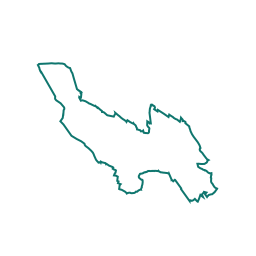 Beekdaelen, Limburg, Netherlands, rotated 243°
{"feature_id": "6326949B16660020709385", "entity_name": "Beekdaelen", "entity_type": "district", "adm_level": 2, "iso_a3": "NLD", "parent_name": "Netherlands", "parent_adm1": "Limburg", "projection": "robinson", "projection_center": [5.879, 50.935], "detail": "fine", "context": "isolated", "style": "outline", "palette": "teal", "viewbox_px": 256, "rotation_deg": 243, "n_neighbors": 0, "source": "geoboundaries", "source_scale": "gbopen_adm2", "svg_char_len": 5508}
<svg xmlns="http://www.w3.org/2000/svg" viewBox="0 0 256 256"><g transform="rotate(243 128 128)"><path d="M35.1,149.7L35.7,150.0L35.3,150.7L34.9,151.2L34.4,151.3L34.1,151.9L34.0,153.6L34.5,155.4L31.3,156.3L30.7,156.7L32.9,159.4L35.5,162.1L34.6,162.4L32.5,163.5L34.5,163.6L35.0,163.7L35.3,163.9L35.4,164.1L35.7,164.9L36.0,165.9L36.6,166.7L36.5,166.8L35.9,167.5L34.9,168.6L34.1,166.6L30.7,167.1L31.0,167.6L31.3,168.7L31.6,169.2L31.6,169.5L31.6,169.9L31.2,171.8L30.9,172.6L30.8,172.8L30.9,173.4L31.1,174.5L31.4,175.0L31.3,175.4L31.9,177.0L32.3,177.5L33.1,179.2L33.4,179.8L33.5,179.9L33.9,179.5L35.6,178.4L36.4,178.2L36.7,178.2L38.1,178.0L39.6,178.0L41.2,177.6L42.0,177.6L42.5,177.7L43.9,178.4L45.5,179.4L46.1,179.2L46.3,179.3L47.0,179.9L47.7,180.3L48.0,180.6L48.2,180.8L48.3,181.1L49.9,181.8L50.0,181.4L49.8,181.3L50.7,180.3L50.6,180.2L51.5,179.4L52.6,178.9L54.0,178.5L54.3,178.4L54.7,177.9L54.9,177.8L55.1,177.4L55.4,177.5L55.7,177.3L56.1,176.7L56.4,176.4L56.5,176.2L57.1,175.8L58.1,175.3L58.2,175.1L59.4,174.1L61.6,172.9L64.6,173.6L64.1,174.7L62.8,176.7L62.2,177.8L61.3,179.8L61.3,180.4L61.5,181.3L61.4,182.0L61.6,182.6L62.1,183.4L62.3,183.5L62.5,183.7L63.2,183.4L63.3,183.3L62.9,184.6L62.9,185.2L63.4,184.9L63.5,184.5L63.9,184.3L64.2,184.3L65.8,183.9L69.6,183.2L71.9,182.9L72.6,182.7L74.4,182.0L75.2,181.9L76.1,182.0L76.9,182.9L77.2,182.9L77.3,183.5L78.0,183.6L79.1,183.8L80.7,183.9L82.3,183.8L83.7,183.7L90.5,182.5L93.5,182.2L96.7,182.3L98.7,182.7L100.5,182.9L101.7,183.3L101.9,183.2L102.0,183.2L101.9,183.2L106.2,181.3L107.0,181.9L107.4,181.9L108.7,181.1L108.9,180.8L109.3,179.9L109.6,180.1L110.0,180.5L111.3,180.4L112.1,180.1L113.1,179.9L112.0,179.1L111.5,178.6L110.5,177.6L110.0,177.0L113.2,175.6L114.5,174.4L115.7,173.7L116.3,173.3L116.9,173.2L117.5,172.9L120.0,171.4L121.2,170.8L119.4,169.1L124.6,166.3L130.6,162.8L129.4,161.8L132.0,160.3L132.0,160.5L133.0,160.0L133.1,160.3L133.2,160.5L134.0,161.3L134.6,161.4L135.5,161.4L135.8,161.1L137.7,160.1L137.9,160.0L137.9,159.9L138.1,159.7L138.2,159.4L136.5,158.7L137.3,158.8L138.0,158.9L138.0,158.7L137.1,158.1L135.3,156.3L133.9,155.4L132.7,154.7L131.9,154.1L121.7,150.4L122.2,149.6L122.2,149.3L122.5,149.2L122.7,149.3L123.0,149.3L124.4,148.8L124.7,148.4L125.1,148.2L124.9,148.1L123.7,147.4L123.4,147.3L123.5,147.3L121.9,146.4L121.6,146.3L120.0,146.4L118.6,146.9L118.2,146.9L117.8,146.8L115.8,145.3L115.2,145.1L114.7,144.7L114.4,144.2L114.3,143.8L114.3,143.4L116.1,140.6L116.6,139.9L116.8,139.9L116.7,140.0L118.8,140.3L118.6,139.8L119.1,138.0L120.5,137.8L121.0,137.2L121.3,136.9L121.5,136.7L122.2,136.0L122.6,135.4L123.0,135.5L124.2,135.9L125.2,135.8L126.6,136.0L127.1,135.9L129.2,135.0L129.3,135.0L129.2,134.9L130.6,133.8L132.3,132.6L133.8,131.8L135.2,131.0L134.1,129.4L135.1,129.3L136.1,128.7L137.3,128.1L138.2,127.5L140.3,126.5L142.8,125.6L143.2,125.3L147.2,123.6L146.7,123.5L146.6,123.3L145.4,121.5L144.6,120.5L148.6,115.5L149.0,115.2L152.6,113.8L153.4,113.2L154.1,112.1L155.1,112.5L156.6,111.7L160.0,110.4L159.8,109.9L162.6,109.0L162.5,108.6L163.1,108.0L165.2,106.4L166.6,105.4L167.4,104.5L168.1,104.2L171.1,102.3L172.5,100.9L173.3,100.0L173.5,99.7L173.7,98.4L177.2,98.3L177.8,98.7L177.4,98.9L176.5,99.9L179.2,101.7L180.6,101.6L180.6,102.7L181.2,102.7L182.5,101.9L183.0,101.7L183.2,101.4L183.9,101.0L184.0,101.1L185.8,100.2L197.0,102.3L201.9,103.3L202.5,103.3L202.7,103.2L203.3,103.2L204.6,103.2L207.7,103.6L208.2,103.0L209.1,102.2L210.3,101.5L211.6,100.9L213.6,100.5L214.5,99.6L215.4,98.5L216.0,97.3L217.2,95.4L218.4,92.5L219.0,91.5L220.4,89.3L221.7,86.1L225.2,78.4L225.3,78.0L225.2,78.0L225.0,76.3L224.3,76.3L221.9,76.3L220.5,75.9L218.4,75.7L217.1,75.8L217.2,76.1L189.2,77.5L187.6,76.5L187.2,76.4L186.8,76.3L185.3,76.6L180.6,79.2L176.0,80.3L175.2,80.4L174.6,80.2L174.1,80.0L173.7,79.7L173.2,78.9L173.0,78.7L169.4,76.5L169.5,76.4L166.6,74.4L164.7,70.8L160.5,72.1L146.7,74.1L141.5,77.3L137.5,80.2L133.8,82.1L132.6,81.8L131.3,82.0L128.0,83.6L124.4,84.9L122.8,85.3L122.1,85.5L120.2,85.5L118.5,85.3L114.2,85.1L111.9,85.6L111.0,86.0L110.5,86.0L110.1,87.0L110.4,87.1L110.0,88.1L109.9,88.1L110.4,88.5L109.3,89.3L109.1,89.2L108.8,89.8L106.9,92.0L105.7,92.0L105.8,92.5L105.6,92.7L102.8,94.2L102.7,94.4L100.3,96.5L100.1,96.4L99.4,96.9L99.0,96.6L98.6,95.9L97.4,96.6L96.4,97.6L95.7,98.0L93.8,96.5L93.7,96.0L93.3,95.3L92.1,94.0L91.0,95.6L89.3,96.8L85.8,94.4L84.7,95.3L83.4,94.0L81.3,95.9L81.0,95.1L80.5,94.3L79.7,93.8L78.6,93.1L77.7,92.4L76.9,93.0L76.1,94.0L75.7,94.4L73.3,96.0L72.4,96.6L71.4,96.9L71.0,97.1L70.8,97.3L70.2,97.2L70.1,98.8L69.6,100.2L69.4,100.5L68.8,100.9L68.2,101.7L67.3,104.1L67.3,104.5L67.3,105.0L67.7,106.3L67.2,106.9L67.1,107.3L67.6,109.0L67.5,110.8L67.5,111.1L67.3,111.4L67.5,111.4L67.8,112.1L68.4,112.7L68.7,113.0L68.9,113.4L69.1,113.5L69.5,113.6L71.3,115.3L73.1,116.5L74.6,117.2L75.0,117.3L75.3,117.2L75.5,117.1L75.7,116.6L76.1,116.3L78.3,115.4L78.6,115.3L79.1,115.3L80.1,115.7L80.4,116.0L81.7,117.9L81.6,118.5L81.4,118.7L81.0,120.1L80.9,121.2L80.9,121.3L81.1,121.5L81.0,122.7L80.8,122.9L80.7,123.1L80.8,123.4L80.5,124.9L80.4,124.9L80.4,125.3L80.4,125.8L80.6,126.2L80.6,126.4L80.1,127.3L80.0,127.6L79.8,127.8L79.1,129.1L78.9,129.9L78.6,130.2L78.5,130.7L78.4,131.0L77.9,131.5L77.7,131.8L77.7,132.4L77.5,132.8L77.2,133.2L76.5,134.4L75.8,135.4L76.0,135.7L75.3,135.9L74.6,136.4L74.0,136.8L73.5,137.2L73.5,137.3L73.1,138.0L72.3,139.0L72.1,139.4L69.9,142.7L68.6,143.7L68.7,143.8L62.4,143.4L61.9,143.2L61.9,143.5L60.7,143.9L60.0,144.1L60.6,146.2L60.3,146.4L50.0,148.0L49.6,147.5L35.1,149.7Z" fill="none" stroke="#0f766e" stroke-width="2"/></g></svg>